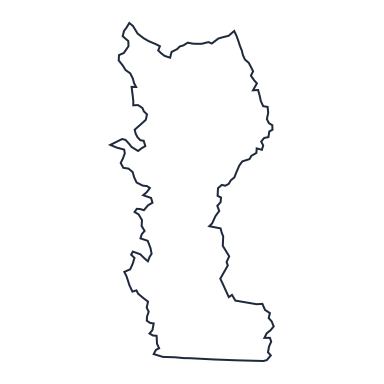 Jesuítas, Paraná, Brazil
{"feature_id": "56859067B94541808233523", "entity_name": "Jesuítas", "entity_type": "district", "adm_level": 2, "iso_a3": "BRA", "parent_name": "Brazil", "parent_adm1": "Paraná", "projection": "albers", "projection_center": [-53.417, -24.413], "detail": "fine", "context": "isolated", "style": "outline", "palette": "slate", "viewbox_px": 384, "rotation_deg": 0, "n_neighbors": 0, "source": "geoboundaries", "source_scale": "gbopen_adm2", "svg_char_len": 2639}
<svg xmlns="http://www.w3.org/2000/svg" viewBox="0 0 384 384"><path d="M153.7,354.1L162.9,356.9L175.3,357.3L183.8,358.1L190.2,358.2L214.7,359.5L225.8,359.9L236.1,360.3L263.5,361.0L266.8,360.1L270.8,355.4L268.0,352.3L269.0,346.6L271.2,341.6L269.9,337.9L264.4,337.9L266.7,333.3L270.7,330.1L273.7,326.4L271.6,321.3L268.7,318.1L269.9,313.1L265.0,309.9L262.4,303.9L256.5,304.2L235.4,300.6L232.0,294.9L228.8,297.1L222.5,283.3L220.3,278.7L227.8,265.5L226.6,262.0L229.2,256.3L222.8,245.9L223.2,236.4L221.7,232.7L220.6,228.4L209.3,226.2L212.2,223.3L215.4,216.2L219.2,211.0L217.3,205.8L220.6,202.2L221.0,197.5L217.6,195.9L218.0,188.2L221.8,184.9L225.3,185.7L228.7,183.9L230.8,180.3L234.4,177.4L236.0,173.2L239.3,165.5L242.3,161.4L249.5,159.1L251.3,155.9L256.4,152.9L256.7,148.4L261.9,149.8L263.2,145.4L261.2,141.6L264.1,138.0L268.4,137.1L269.3,131.5L272.5,129.7L272.3,125.2L268.9,123.2L266.9,119.1L268.2,112.7L267.6,106.9L263.2,106.2L260.8,101.0L259.7,95.8L258.1,90.0L253.0,90.3L256.9,83.4L254.0,80.1L250.9,75.7L253.1,71.3L251.0,67.1L248.8,62.9L244.9,59.5L242.9,55.1L241.9,50.8L239.8,45.5L238.2,40.5L236.4,35.6L234.2,31.0L228.6,35.8L222.5,37.3L218.4,38.5L211.8,43.5L208.4,42.1L201.7,43.8L196.7,43.8L193.2,43.7L187.7,42.7L183.4,45.4L179.9,46.4L177.0,49.2L171.6,51.9L170.1,57.7L164.6,55.9L161.2,53.3L158.2,50.4L159.9,46.2L155.7,44.1L148.6,41.1L143.6,38.2L137.6,33.6L132.9,25.9L129.3,23.0L126.2,28.1L124.0,31.0L122.7,36.2L128.3,41.1L128.5,46.2L123.8,53.0L119.0,55.1L118.7,60.4L122.9,65.7L125.5,70.0L130.3,73.4L132.9,78.7L134.0,83.0L136.1,87.0L131.6,86.9L132.7,95.6L133.3,101.0L133.3,105.3L138.1,105.1L142.4,108.0L143.9,111.4L147.0,114.4L145.8,119.8L141.2,124.0L134.7,129.7L135.7,133.8L137.5,137.2L140.3,140.2L143.7,140.8L145.3,146.1L141.4,148.4L138.1,151.0L131.5,146.9L129.0,143.7L125.5,139.9L122.2,139.0L117.8,141.2L110.3,144.9L116.8,147.6L124.2,149.6L124.8,153.4L122.8,158.7L120.7,163.0L123.3,167.8L128.5,168.6L132.6,172.0L134.2,177.4L136.6,182.5L142.7,185.6L147.0,186.1L149.9,188.0L146.6,192.3L143.2,195.2L151.1,198.0L152.5,202.7L147.9,205.4L143.9,210.2L140.4,209.1L136.8,208.8L134.6,212.0L138.6,214.4L142.0,220.1L141.6,226.0L144.6,230.9L141.7,234.3L140.5,238.4L147.7,240.8L150.5,248.1L151.6,253.8L149.6,256.9L147.9,261.3L144.6,258.5L140.3,254.3L132.9,251.6L131.1,254.7L134.5,257.9L132.6,264.0L130.2,269.3L124.3,271.9L126.3,275.8L127.9,280.4L129.4,285.2L132.4,291.6L136.5,290.4L138.1,293.7L143.5,298.2L148.0,301.6L146.7,307.7L148.7,311.7L147.0,316.6L146.8,320.7L150.1,322.9L153.7,323.5L152.4,330.2L149.5,333.5L152.9,335.5L156.6,335.8L156.8,339.6L157.0,343.7L159.1,348.3L155.9,349.9L153.7,354.1Z" fill="none" stroke="#1e293b" stroke-width="2"/></svg>